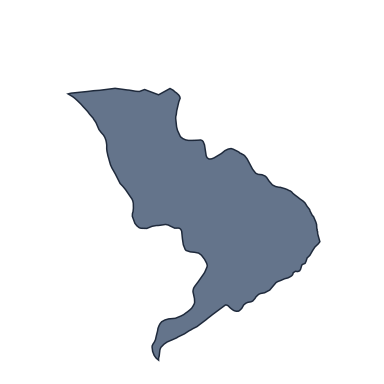 Chajul, Quiché, Guatemala (orthographic projection), rotated 336°
{"feature_id": "79465075B19159342798902", "entity_name": "Chajul", "entity_type": "district", "adm_level": 2, "iso_a3": "GTM", "parent_name": "Guatemala", "parent_adm1": "Quiché", "projection": "orthographic", "projection_center": [-91.005, 15.608], "detail": "fine", "context": "isolated", "style": "filled", "palette": "slate", "viewbox_px": 384, "rotation_deg": 336, "n_neighbors": 0, "source": "geoboundaries", "source_scale": "gbopen_adm2", "svg_char_len": 3442}
<svg xmlns="http://www.w3.org/2000/svg" viewBox="0 0 384 384"><g transform="rotate(336 192 192)"><path d="M214.0,88.5L201.0,89.6L192.7,81.4L190.4,79.1L185.0,78.8L183.3,78.0L181.3,76.9L177.9,74.6L175.9,73.3L174.1,72.3L170.1,69.8L163.9,66.0L148.9,61.5L143.5,59.5L137.2,57.6L122.0,52.6L120.1,52.2L119.3,52.1L118.7,52.0L121.6,56.1L122.8,58.2L124.4,61.8L126.2,66.3L127.3,69.8L128.2,72.4L129.4,76.0L130.1,79.2L131.7,84.3L131.8,85.7L132.5,89.5L132.4,97.1L133.2,100.6L134.3,104.0L134.6,106.7L134.4,109.8L133.9,112.0L133.2,114.4L131.7,117.7L130.9,120.2L129.9,124.9L129.6,127.3L129.3,129.1L128.6,134.0L128.6,137.4L129.3,144.4L129.8,155.0L131.1,158.6L131.8,161.1L132.3,163.0L133.7,170.8L134.3,174.0L134.3,176.0L133.8,178.4L131.9,182.9L130.2,185.9L128.8,187.5L127.6,189.9L127.1,197.4L127.9,200.5L129.3,203.2L130.7,204.4L135.9,206.9L141.6,207.1L145.7,208.1L147.9,209.0L154.7,210.9L157.0,212.6L157.8,213.7L161.5,218.0L164.9,219.4L165.8,220.1L166.2,220.7L166.6,221.8L166.6,223.7L164.2,230.9L162.6,236.7L162.4,241.7L162.8,243.0L166.1,246.0L169.8,248.1L173.2,250.5L174.9,253.5L176.1,258.6L176.4,263.1L176.1,265.2L175.6,266.1L175.1,266.7L172.4,269.2L171.2,270.3L170.0,271.2L164.5,274.5L161.0,276.6L156.1,279.3L154.4,280.5L153.5,281.6L152.8,282.6L152.3,283.6L150.9,290.4L149.5,293.9L148.9,294.7L148.2,295.4L146.3,296.8L144.5,298.0L142.2,298.8L139.2,299.6L137.1,300.0L134.7,300.6L131.6,300.8L125.4,300.6L119.0,298.4L115.2,297.9L111.5,298.2L109.3,299.3L107.4,300.8L105.5,302.7L103.9,305.1L101.2,308.5L98.5,312.1L96.4,313.9L94.6,315.0L93.0,316.4L92.4,317.6L91.2,321.6L91.0,325.8L91.6,328.8L91.8,329.4L93.1,332.0L93.9,330.2L95.3,328.5L98.5,323.1L100.3,321.3L104.6,319.6L108.3,318.9L118.6,319.0L120.4,318.7L127.4,318.5L132.8,317.6L135.0,317.5L137.0,317.2L141.8,317.0L145.1,316.2L152.9,314.4L155.3,313.7L158.2,313.0L160.9,312.3L176.6,308.8L177.2,309.1L177.9,309.6L178.8,310.7L179.5,312.7L180.3,314.5L181.7,316.9L182.6,317.9L184.2,319.1L186.2,319.8L188.2,319.3L190.2,318.5L193.3,316.2L196.0,315.5L198.1,315.5L201.2,316.3L203.1,316.3L206.2,314.9L207.8,313.8L211.2,312.6L213.3,312.6L217.4,313.6L223.1,313.2L232.0,308.9L234.0,308.7L237.0,308.9L241.3,308.9L244.7,309.5L247.8,309.3L249.2,309.0L250.4,308.4L251.7,306.9L254.2,306.5L256.2,307.7L258.2,307.8L259.7,306.8L262.6,303.4L263.7,303.1L266.2,303.2L268.0,301.7L270.3,299.1L273.9,297.8L278.0,294.8L281.8,292.3L286.3,290.7L288.6,289.4L289.8,281.3L290.6,279.3L290.7,277.6L291.2,277.0L291.1,276.3L292.6,272.3L292.9,269.9L293.0,263.7L292.4,262.5L292.1,257.4L292.3,255.8L291.3,251.9L290.8,248.0L289.9,245.7L287.8,242.2L286.4,239.5L285.0,237.0L283.6,234.3L283.0,232.3L281.9,230.6L281.3,230.2L280.0,228.5L278.2,226.7L274.3,223.4L273.7,223.3L270.6,221.0L268.3,218.2L266.8,213.2L266.1,209.0L265.3,207.2L263.0,204.7L259.5,202.7L257.8,200.7L256.6,195.7L255.8,184.1L254.9,180.4L254.2,179.0L253.0,177.7L253.0,177.3L251.5,175.8L251.4,175.2L250.4,173.7L247.1,169.7L245.4,168.2L242.5,167.5L238.9,167.6L234.5,168.8L226.1,169.8L223.5,169.7L221.6,169.1L220.6,168.4L219.7,166.7L219.7,164.6L222.6,154.0L222.7,150.6L222.3,149.3L221.7,148.6L220.9,147.9L219.6,147.5L216.5,146.3L213.3,145.0L209.7,143.4L207.4,141.8L205.0,139.1L204.7,138.0L204.1,137.4L203.9,136.2L203.8,129.9L204.4,126.3L207.0,118.2L207.9,116.4L209.1,114.9L209.3,114.6L211.1,111.5L211.6,110.9L216.6,104.3L219.3,101.5L219.6,99.7L219.2,97.6L218.6,96.4L218.3,95.5L217.1,93.5L216.7,92.5L216.3,91.6L216.0,91.1L214.0,88.5Z" fill="#64748b" stroke="#1e293b" stroke-width="1.5"/></g></svg>